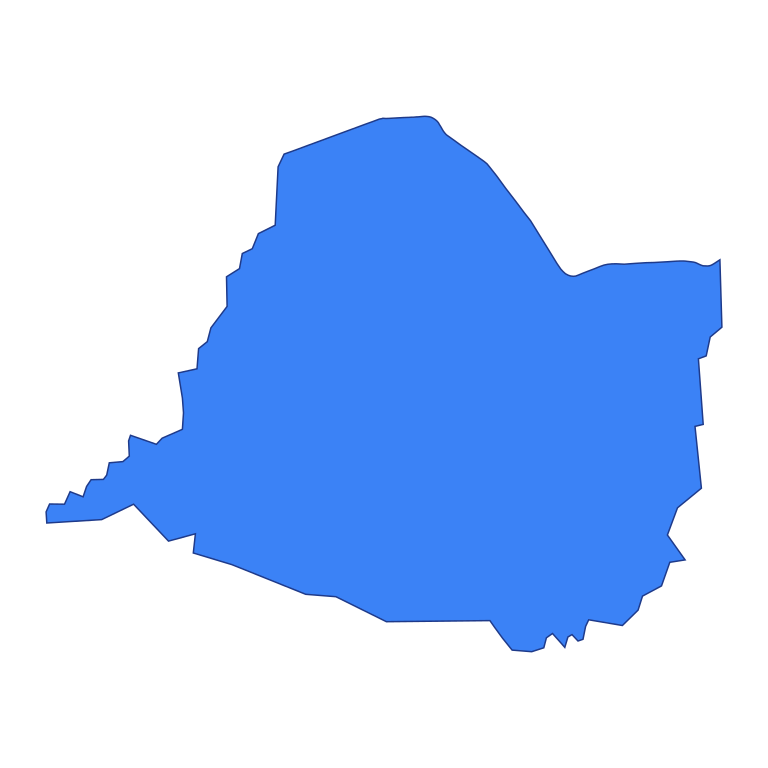 the district of Florencio Sánchez, Colonia, Uruguay
{"feature_id": "84410073B84166210474683", "entity_name": "Florencio Sánchez", "entity_type": "district", "adm_level": 2, "iso_a3": "URY", "parent_name": "Uruguay", "parent_adm1": "Colonia", "projection": "natural_earth1", "projection_center": [-57.354, -33.964], "detail": "fine", "context": "isolated", "style": "filled", "palette": "blue", "viewbox_px": 768, "rotation_deg": 0, "n_neighbors": 0, "source": "geoboundaries", "source_scale": "gbopen_adm2", "svg_char_len": 2188}
<svg xmlns="http://www.w3.org/2000/svg" viewBox="0 0 768 768"><path d="M195.4,533.8L193.3,553.0L231.8,564.6L305.7,594.3L335.9,596.7L386.4,621.7L489.9,620.6L494.6,627.3L502.7,638.4L512.1,650.1L531.7,651.7L543.8,647.8L546.4,637.8L552.5,633.5L559.2,641.0L564.8,647.4L567.9,637.0L572.0,634.6L578.0,641.0L583.0,639.3L585.6,626.4L588.7,619.8L622.4,625.5L638.1,610.1L642.5,596.1L661.5,585.9L669.8,562.3L685.1,559.9L667.4,535.0L677.5,507.8L701.4,488.2L695.0,426.4L703.2,424.4L698.4,358.8L706.2,355.9L710.2,337.0L721.9,327.2L719.9,259.8L714.1,263.6L712.4,264.6L711.0,265.3L709.3,265.8L707.6,266.0L703.0,265.8L700.7,265.0L698.3,263.9L697.1,263.3L695.5,262.6L693.5,262.1L691.2,261.8L685.1,261.1L683.4,261.0L680.2,261.0L675.7,261.2L666.7,261.8L654.1,262.5L646.3,262.7L635.0,263.4L624.2,264.2L616.3,263.8L611.8,263.9L607.7,264.3L603.9,265.1L599.7,266.6L594.1,268.9L588.0,271.2L582.6,273.3L578.3,275.1L575.6,276.1L573.3,276.3L570.6,276.0L568.2,275.2L565.4,273.7L563.0,271.5L560.8,269.1L556.9,263.4L548.2,249.2L539.0,234.4L533.2,225.0L530.6,220.8L524.3,212.8L515.7,201.3L505.6,188.2L496.5,175.7L489.6,167.0L487.0,163.8L484.2,161.5L475.3,155.2L461.1,145.4L449.5,137.0L447.5,135.6L446.3,134.7L445.2,133.5L444.4,132.5L443.4,131.2L442.6,129.9L441.8,128.5L440.6,126.4L439.3,124.4L438.8,123.4L438.2,122.5L437.1,121.2L435.5,119.8L434.2,118.9L432.7,118.0L431.0,117.2L429.1,116.7L427.6,116.5L426.5,116.4L424.9,116.3L423.0,116.4L417.8,116.9L416.6,116.9L413.5,117.2L411.8,117.2L408.6,117.4L408.0,117.4L402.6,117.6L401.2,117.7L388.6,118.4L385.9,118.5L383.2,118.3L382.7,118.3L382.3,118.5L381.9,118.6L381.4,118.7L380.9,118.8L380.3,118.9L379.8,119.0L379.3,119.1L372.9,121.5L365.1,124.3L359.7,126.3L290.6,151.8L284.1,154.1L278.1,166.8L275.2,225.2L258.4,233.6L252.3,248.7L242.3,253.5L239.5,268.6L226.5,276.8L227.1,306.4L210.9,327.9L207.3,341.6L198.6,348.6L197.0,368.8L178.3,372.9L182.4,398.0L183.5,412.9L182.4,429.3L162.1,438.2L156.4,444.3L130.5,435.3L128.6,440.9L129.3,456.1L122.9,461.6L109.3,462.8L106.7,475.1L103.4,479.4L91.1,479.7L86.6,486.4L83.1,496.8L70.1,491.7L64.5,504.2L49.6,504.0L46.1,511.9L46.8,523.0L101.7,519.6L133.6,504.2L168.5,541.1L195.4,533.8Z" fill="#3b82f6" stroke="#1e3a8a" stroke-width="1.5"/></svg>